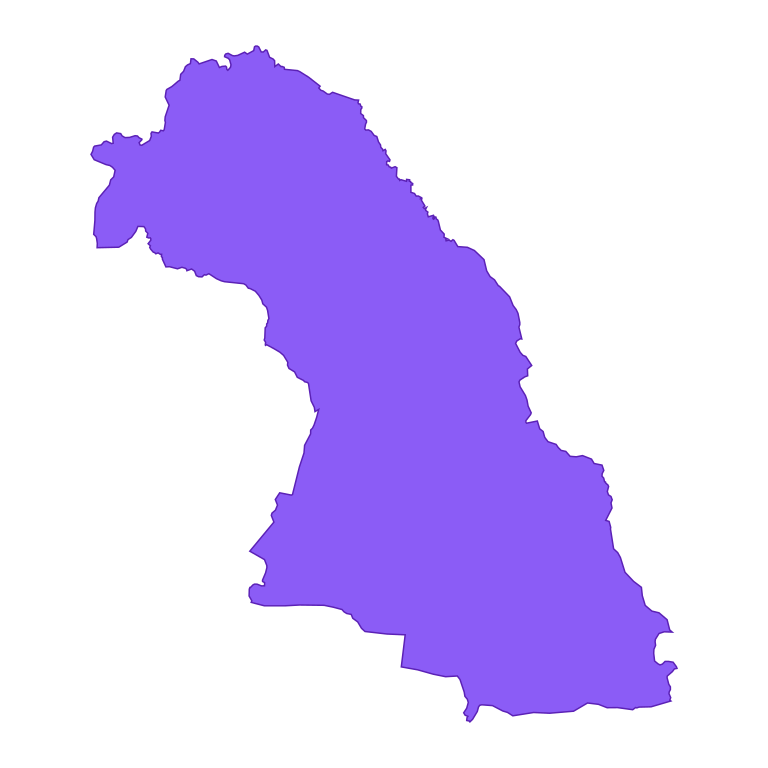 the district of Asene Akroso Manso, Eastern, Ghana
{"feature_id": "2480657B68278489034036", "entity_name": "Asene Akroso Manso", "entity_type": "district", "adm_level": 2, "iso_a3": "GHA", "parent_name": "Ghana", "parent_adm1": "Eastern", "projection": "orthographic", "projection_center": [-0.832, 5.854], "detail": "fine", "context": "isolated", "style": "filled", "palette": "violet", "viewbox_px": 768, "rotation_deg": 0, "n_neighbors": 0, "source": "geoboundaries", "source_scale": "gbopen_adm2", "svg_char_len": 6051}
<svg xmlns="http://www.w3.org/2000/svg" viewBox="0 0 768 768"><path d="M512.8,715.8L533.6,712.5L549.7,713.2L573.6,711.2L587.5,703.0L598.4,704.3L607.1,707.7L617.5,707.6L632.7,709.7L635.7,707.5L636.8,707.9L639.1,707.1L651.1,706.8L670.9,701.0L669.8,700.1L670.7,697.6L669.0,693.7L669.2,691.9L670.4,689.6L670.4,686.8L668.8,684.3L667.1,677.8L667.2,676.1L672.4,671.6L674.4,668.9L677.0,668.4L676.4,666.7L673.1,662.2L668.4,661.4L665.1,661.4L662.4,664.1L660.0,664.9L658.1,663.9L654.6,661.0L653.7,653.3L653.9,649.4L655.6,645.3L655.1,641.8L655.4,639.3L659.0,633.5L664.2,631.8L672.2,632.1L669.7,629.9L667.1,619.7L659.0,612.8L651.9,611.1L645.2,605.4L642.3,595.7L641.4,587.3L633.6,581.4L625.0,572.3L620.4,557.5L617.7,552.6L613.6,548.8L610.5,529.1L610.7,527.3L609.1,521.4L605.7,520.4L612.0,508.0L611.0,502.9L612.2,499.8L611.0,496.5L608.5,494.9L607.3,491.5L608.6,486.5L607.8,484.8L605.9,483.3L605.5,482.0L604.6,481.8L603.7,478.1L602.0,476.2L602.2,473.6L603.8,470.4L602.0,465.1L594.1,463.5L591.5,459.1L582.5,455.6L576.3,456.8L570.1,456.3L565.8,451.4L561.1,450.4L558.2,447.5L556.1,444.4L548.0,441.7L544.7,437.3L543.1,431.5L539.7,428.8L537.3,421.0L526.6,423.2L526.0,422.5L525.8,420.8L530.6,414.5L531.2,412.8L528.1,406.1L527.0,400.0L525.4,395.5L520.1,386.8L519.0,381.9L519.9,380.1L524.7,376.9L527.7,375.8L527.4,369.0L531.7,365.5L525.8,356.5L522.8,355.3L520.2,352.3L515.6,343.4L516.8,341.0L520.2,338.8L521.8,339.0L518.9,327.1L519.8,324.7L519.8,322.5L518.0,313.4L516.2,309.6L513.1,305.5L509.6,296.8L499.5,286.3L498.3,285.7L494.5,279.8L490.1,276.6L486.7,270.9L484.0,259.6L474.4,250.5L467.4,247.3L457.8,246.6L454.1,240.4L452.9,239.7L451.0,241.3L449.1,240.1L446.1,240.8L445.8,239.0L447.3,238.8L444.0,237.3L444.2,234.1L440.4,230.0L438.3,221.2L437.7,219.9L436.3,218.9L435.9,217.1L434.6,216.9L434.3,218.7L433.4,219.2L432.8,218.1L433.8,216.0L433.5,215.3L428.3,216.8L427.4,213.9L427.9,212.1L425.8,210.5L425.6,209.2L426.5,207.5L424.4,208.6L423.3,207.4L424.9,206.0L421.4,200.2L421.8,198.8L420.6,198.7L421.5,197.7L418.3,196.0L416.2,196.1L414.5,193.5L410.9,192.3L410.9,185.5L411.1,185.0L412.6,185.0L412.7,183.5L410.8,182.5L410.6,181.5L409.4,181.3L409.6,179.8L406.6,179.4L406.5,181.3L401.0,179.7L399.7,180.4L399.4,179.1L398.5,179.1L396.4,176.3L396.9,167.7L395.1,166.7L391.3,168.1L390.7,167.2L389.2,166.8L388.2,165.0L386.6,164.7L386.7,161.6L387.9,160.9L389.5,161.4L390.0,159.9L385.7,153.7L386.0,150.8L385.2,149.4L383.0,150.7L382.6,149.2L380.8,147.3L380.5,144.9L378.5,141.9L376.8,136.5L374.2,135.5L371.2,131.4L368.5,129.9L365.8,130.1L364.7,128.9L365.6,124.0L366.5,122.2L366.4,120.5L363.5,117.7L363.4,115.6L360.7,113.5L360.8,109.5L361.8,108.1L361.9,106.8L360.8,106.1L360.1,104.0L358.5,103.8L358.0,102.6L358.6,100.1L354.6,99.9L332.6,92.3L329.5,94.3L327.4,94.1L323.1,91.0L320.9,90.3L318.8,88.0L320.1,86.2L308.6,77.2L299.7,71.6L297.5,70.6L284.5,69.3L284.2,67.3L281.9,66.4L281.1,66.7L278.3,64.0L274.8,66.6L274.6,60.7L273.1,59.0L269.6,57.3L267.0,50.4L265.7,49.9L263.3,52.0L261.2,51.9L258.7,46.9L257.3,46.1L255.5,46.1L254.5,46.8L253.7,50.6L247.3,54.1L244.6,52.2L237.7,55.4L234.2,55.9L232.5,55.6L228.1,53.3L225.7,54.0L224.7,55.4L224.6,56.7L228.2,58.3L229.6,59.8L231.0,64.8L230.5,67.3L227.8,70.3L226.9,69.5L226.5,67.0L225.6,66.1L222.0,66.4L219.4,67.5L216.3,61.0L212.0,59.5L199.1,63.9L197.9,62.2L193.8,58.9L191.0,58.8L190.4,63.6L187.5,64.9L185.4,66.7L183.6,71.3L180.7,74.3L179.9,80.3L178.3,81.1L171.8,86.6L166.9,89.4L166.2,90.5L165.2,97.0L169.1,105.2L165.2,116.8L164.9,120.5L165.4,122.4L164.2,129.7L163.3,130.8L160.7,130.3L159.5,132.2L158.3,133.0L152.0,131.9L151.0,133.4L151.3,136.3L149.7,140.5L141.7,145.3L140.1,145.0L139.1,142.7L141.9,139.7L141.9,139.1L139.0,137.7L137.5,136.0L135.1,135.7L129.6,137.4L125.0,137.6L122.1,135.9L120.7,133.6L116.6,132.9L114.3,134.4L112.6,137.2L113.2,143.2L111.6,143.6L106.5,141.1L104.1,141.7L101.3,144.9L94.6,146.1L93.6,147.2L92.6,151.3L91.0,154.4L94.2,159.7L106.0,164.6L109.9,165.5L112.5,167.3L115.1,170.3L113.7,176.9L110.7,179.9L109.4,185.1L98.9,197.7L98.1,201.2L96.7,203.4L95.4,207.8L95.0,212.1L94.9,220.4L93.7,234.4L96.0,236.6L96.6,238.5L97.3,243.3L97.1,247.7L118.8,247.2L127.1,242.1L128.0,239.6L131.4,237.4L135.8,231.4L137.9,226.4L143.9,226.6L145.5,228.8L145.7,231.1L147.8,233.3L146.8,237.2L148.7,238.0L150.2,237.8L150.8,238.7L150.8,240.2L148.1,243.7L150.4,245.8L149.7,247.4L150.7,249.2L153.3,252.2L154.5,252.5L155.8,253.8L158.1,252.9L160.4,254.4L161.6,254.3L161.4,256.6L162.4,257.6L162.4,259.2L165.9,266.9L169.5,266.7L177.5,268.8L181.9,267.3L185.4,268.3L186.6,269.3L186.9,270.7L191.6,269.0L194.6,271.2L196.3,275.6L198.5,276.7L202.0,276.9L204.4,274.7L206.0,275.1L208.9,273.7L216.5,278.7L221.2,280.8L224.5,281.7L243.6,283.7L245.9,285.0L248.3,288.2L250.2,288.6L255.3,291.2L258.9,295.4L261.8,300.1L262.8,303.8L266.5,307.2L267.6,310.5L268.9,318.6L267.9,320.3L267.6,322.9L266.7,323.9L266.6,326.2L265.2,327.8L264.8,338.0L264.2,340.0L265.6,342.2L265.3,345.0L265.6,345.4L266.6,344.7L274.2,348.8L279.9,352.2L283.6,355.4L287.8,362.3L287.5,365.1L289.0,368.5L294.6,371.9L297.3,377.3L303.6,380.5L304.5,381.7L307.6,382.5L308.5,383.6L311.1,400.8L314.3,407.3L315.0,411.6L318.7,409.4L316.7,417.2L314.1,424.9L312.5,428.2L310.7,430.0L310.6,433.9L304.6,445.3L304.0,453.0L299.4,466.9L292.5,494.5L291.4,495.1L279.7,492.8L275.3,499.5L277.5,505.1L275.4,510.2L272.0,513.1L271.3,515.4L273.9,522.1L249.8,551.2L264.5,559.6L266.8,565.5L266.9,567.5L265.6,572.8L262.5,580.2L262.6,581.5L264.6,582.6L264.5,585.8L261.5,585.9L257.2,584.2L254.7,584.1L253.2,584.7L250.3,587.6L249.9,587.5L249.3,589.1L249.1,596.0L251.8,600.8L251.2,602.4L264.4,605.8L284.9,605.8L299.6,605.0L324.1,605.3L333.3,607.2L342.0,609.5L344.0,611.8L346.7,613.5L351.2,614.4L352.8,618.3L357.7,621.9L361.5,628.3L365.0,631.5L386.9,634.0L405.2,634.8L401.3,666.9L417.6,669.8L433.3,674.2L445.6,676.7L457.3,676.0L460.0,679.5L464.2,692.0L464.9,696.3L467.3,699.2L468.3,702.5L466.7,708.2L463.7,712.8L465.1,715.2L467.9,716.3L467.0,717.7L466.7,720.5L469.2,721.0L469.9,721.9L472.6,719.3L477.3,711.5L478.5,707.0L479.7,705.3L481.8,704.8L492.5,705.6L502.8,711.0L507.5,712.4L512.8,715.8Z" fill="#8b5cf6" stroke="#5b21b6" stroke-width="1.5"/></svg>